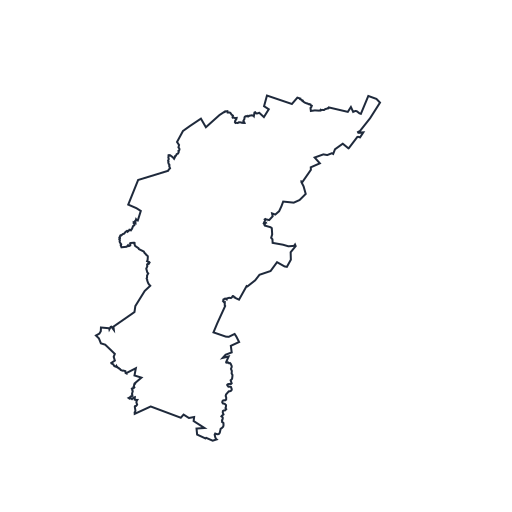 outline of El Oro, Durango, Mexico, rotated 64°
{"feature_id": "50627088B64082944124553", "entity_name": "El Oro", "entity_type": "district", "adm_level": 2, "iso_a3": "MEX", "parent_name": "Mexico", "parent_adm1": "Durango", "projection": "albers", "projection_center": [-105.231, 25.637], "detail": "fine", "context": "isolated", "style": "outline", "palette": "slate", "viewbox_px": 512, "rotation_deg": 64, "n_neighbors": 0, "source": "geoboundaries", "source_scale": "gbopen_adm2", "svg_char_len": 6148}
<svg xmlns="http://www.w3.org/2000/svg" viewBox="0 0 512 512"><g transform="rotate(64 256 256)"><path d="M153.8,348.3L160.6,342.5L165.0,339.8L172.3,346.7L171.5,347.5L170.4,347.7L172.1,349.3L173.1,349.7L172.1,350.1L172.7,350.7L172.1,351.2L172.9,351.6L173.9,351.2L174.7,351.4L175.1,352.2L175.2,353.4L177.1,355.4L178.1,357.2L177.3,357.6L176.9,358.2L177.4,358.8L177.3,359.5L177.7,359.9L177.3,360.4L177.7,360.9L176.9,361.2L177.2,362.8L178.1,364.7L177.9,366.2L178.5,368.2L178.0,368.7L178.8,369.9L179.7,370.2L179.7,370.5L180.3,370.6L180.2,371.0L181.1,371.1L181.3,371.6L182.3,371.5L183.1,372.2L184.2,372.4L186.4,372.0L187.0,372.5L187.0,372.9L189.2,373.1L191.0,368.2L190.2,366.3L191.2,366.2L191.5,365.1L191.2,364.2L189.4,363.6L189.4,362.9L190.6,359.7L191.2,359.4L191.7,360.0L194.0,360.2L197.5,358.2L198.5,358.2L202.8,354.9L204.8,354.8L205.4,354.3L206.4,354.3L208.4,353.4L209.2,353.5L211.8,355.0L212.9,356.1L213.2,355.7L213.7,355.7L214.5,354.7L215.2,354.5L216.1,356.0L215.7,356.4L215.6,357.1L216.0,357.7L217.6,358.2L219.3,360.2L223.2,360.9L224.4,360.5L225.8,362.5L227.5,363.3L228.3,364.2L229.7,364.2L230.2,364.5L232.9,364.8L234.3,364.7L236.4,364.1L238.6,371.3L248.1,386.4L253.1,389.8L257.0,415.1L260.1,416.2L256.1,417.0L256.0,417.7L257.6,419.9L256.6,419.6L252.3,426.7L255.6,428.5L257.1,430.8L257.3,434.7L261.2,433.3L266.5,433.7L269.6,430.4L282.1,425.8L284.2,428.1L288.1,428.7L288.7,433.0L289.2,433.0L290.9,431.7L292.3,431.8L293.4,431.0L293.6,431.0L293.9,430.5L293.7,430.0L294.2,430.2L294.6,429.5L294.9,429.7L295.3,429.3L295.7,429.3L296.4,428.5L297.0,428.5L298.1,427.7L299.1,427.6L300.6,426.2L300.8,425.5L302.2,423.9L304.0,424.5L304.8,423.9L304.4,423.7L304.2,413.2L310.1,417.6L315.1,412.3L317.2,420.5L317.5,420.3L317.8,420.6L318.1,421.8L319.4,422.7L319.6,423.1L320.7,422.9L320.9,423.4L320.4,423.6L321.0,424.6L320.7,425.3L320.9,425.8L321.7,425.6L322.2,426.0L323.4,426.0L325.7,428.0L326.9,428.1L327.5,428.5L327.3,430.2L327.8,431.4L327.8,432.7L328.9,432.1L328.9,430.9L330.3,430.2L329.6,428.1L329.8,426.8L331.9,428.0L332.4,427.6L333.3,425.8L334.0,426.9L335.2,427.7L337.5,428.0L338.2,429.4L337.9,430.5L338.3,431.0L342.2,432.2L342.9,432.8L343.3,433.6L344.7,434.2L345.1,416.6L368.4,394.5L366.8,390.6L372.2,387.3L373.6,382.2L377.0,384.4L388.0,377.7L385.0,385.1L390.7,387.2L397.8,381.4L397.6,380.5L403.0,375.9L403.6,371.8L402.9,372.1L401.2,372.1L398.5,371.5L397.7,370.5L399.2,369.0L399.7,367.6L399.4,366.8L398.9,366.0L395.8,363.5L395.6,361.9L395.0,360.3L393.9,359.4L391.9,358.5L391.5,358.5L391.0,358.9L390.2,359.3L389.3,358.6L388.7,358.6L387.9,357.4L386.8,356.8L386.3,356.7L385.0,357.4L384.6,356.7L384.2,354.7L382.1,354.5L380.8,353.7L380.7,352.8L381.2,351.5L380.6,349.9L379.3,350.1L378.6,349.3L376.9,348.3L375.2,348.9L374.0,350.4L372.7,350.5L371.8,349.8L371.4,348.8L371.8,347.6L372.2,347.2L372.0,345.8L370.1,344.8L368.5,344.6L367.3,343.6L365.7,339.8L366.1,339.0L366.2,337.6L365.7,336.6L365.1,336.2L362.8,335.9L362.0,336.7L361.4,338.1L359.6,338.5L359.1,338.3L358.9,337.6L359.1,336.6L359.6,335.3L360.1,334.8L359.8,333.7L356.6,333.3L356.2,331.9L355.7,331.2L353.7,329.9L352.6,329.3L350.9,329.4L348.7,328.1L346.5,328.0L345.1,326.5L344.3,326.1L341.7,326.0L340.8,326.3L340.7,327.2L339.4,327.7L339.2,328.1L339.4,328.3L339.3,328.8L338.8,329.0L338.7,329.4L338.3,329.4L334.3,324.6L333.0,330.6L331.4,326.6L332.0,320.1L325.7,318.0L325.9,308.9L319.7,309.0L316.7,309.4L316.7,315.9L315.3,318.4L306.0,327.7L299.4,320.2L287.4,305.6L286.6,305.7L283.8,304.3L283.7,305.0L282.1,305.4L281.8,304.8L280.8,304.4L280.7,302.4L282.2,301.4L281.4,300.7L281.8,298.4L282.8,297.0L282.6,295.8L281.8,294.5L281.9,294.2L282.7,293.7L283.7,293.6L283.9,293.1L284.6,293.0L287.8,290.4L278.9,277.6L279.6,277.1L277.5,267.4L274.4,261.1L275.9,249.5L270.8,239.8L277.9,234.9L279.3,233.0L274.6,226.3L267.8,223.2L264.5,216.0L262.8,215.9L263.5,217.1L263.2,218.3L261.5,222.6L257.6,226.9L251.5,235.3L248.2,233.9L246.3,234.4L243.7,232.0L237.9,229.6L236.5,230.3L233.0,234.2L232.8,234.6L231.7,234.8L230.9,233.6L230.9,234.3L230.1,234.8L229.3,233.9L229.6,233.4L229.1,233.6L227.9,232.0L227.4,231.8L226.9,232.0L226.8,231.4L227.4,231.0L229.5,228.4L227.6,223.6L224.8,222.9L227.2,220.5L225.9,215.6L222.5,211.4L219.0,207.7L224.6,198.7L224.8,192.3L222.0,184.1L214.3,182.7L209.4,182.8L208.9,182.5L209.8,181.8L202.6,168.9L200.3,167.9L200.7,158.0L193.2,160.1L194.2,150.9L196.5,147.7L196.9,142.7L198.1,141.9L194.7,138.2L193.1,128.8L199.8,125.7L199.8,125.4L193.4,112.7L193.8,111.7L195.0,110.5L191.9,105.3L191.1,107.2L191.1,108.1L190.1,110.0L189.3,110.0L189.2,107.7L182.2,93.1L172.5,77.3L167.6,78.9L161.4,84.9L174.2,99.4L173.1,100.5L170.3,101.8L169.4,102.7L169.2,103.2L169.1,104.7L168.9,104.8L169.0,105.5L163.7,105.4L166.7,110.3L154.4,125.4L155.0,126.0L155.0,126.3L154.6,126.6L154.7,127.7L154.3,129.2L154.6,130.8L153.5,133.0L153.6,133.9L153.0,134.0L153.3,134.6L153.0,135.6L150.9,139.3L149.7,143.1L146.8,142.1L146.4,141.0L145.4,140.0L144.6,140.7L143.7,140.6L142.9,141.4L143.0,141.7L142.5,142.3L141.5,142.8L141.2,143.4L139.4,145.0L137.0,146.3L136.7,145.9L134.4,147.6L133.9,147.2L131.8,149.4L135.1,157.1L116.6,175.8L124.9,183.1L129.7,180.2L134.6,188.0L128.7,190.3L128.5,192.1L128.0,193.3L126.4,193.7L126.4,194.5L129.3,196.6L128.8,196.7L128.7,197.1L127.7,198.0L127.6,198.8L127.1,199.8L127.2,201.7L126.5,201.9L126.7,202.6L125.9,203.5L126.1,203.9L125.9,204.8L126.3,205.5L127.8,206.4L129.0,208.1L129.5,208.4L130.5,207.9L131.4,208.0L130.2,210.2L129.2,211.1L128.8,212.1L128.3,212.6L128.5,214.1L127.8,215.0L127.5,216.1L126.5,216.3L125.2,215.3L124.4,213.7L123.4,212.9L122.9,214.3L121.8,215.4L121.5,216.3L121.0,216.3L119.7,215.2L118.2,216.0L116.1,216.3L115.5,216.8L114.6,218.6L113.3,218.2L112.7,220.0L112.8,220.7L112.5,220.7L113.3,227.0L118.3,244.6L108.4,245.3L110.2,258.4L111.6,266.8L118.9,277.0L122.5,276.5L124.4,278.1L125.8,277.8L126.9,278.2L127.5,279.0L127.6,279.7L128.6,279.8L129.7,281.1L129.7,282.7L130.8,284.0L130.8,285.1L131.6,285.5L132.7,287.0L131.0,287.4L127.8,289.0L127.1,290.0L127.1,290.5L128.1,290.7L128.4,291.2L129.0,291.6L130.6,291.9L131.9,293.3L132.7,293.2L133.4,293.8L134.8,294.1L135.8,293.8L136.5,294.0L137.0,294.6L139.5,294.8L140.1,296.6L140.9,297.6L136.0,328.6L153.8,348.3Z" fill="none" stroke="#1e293b" stroke-width="2"/></g></svg>